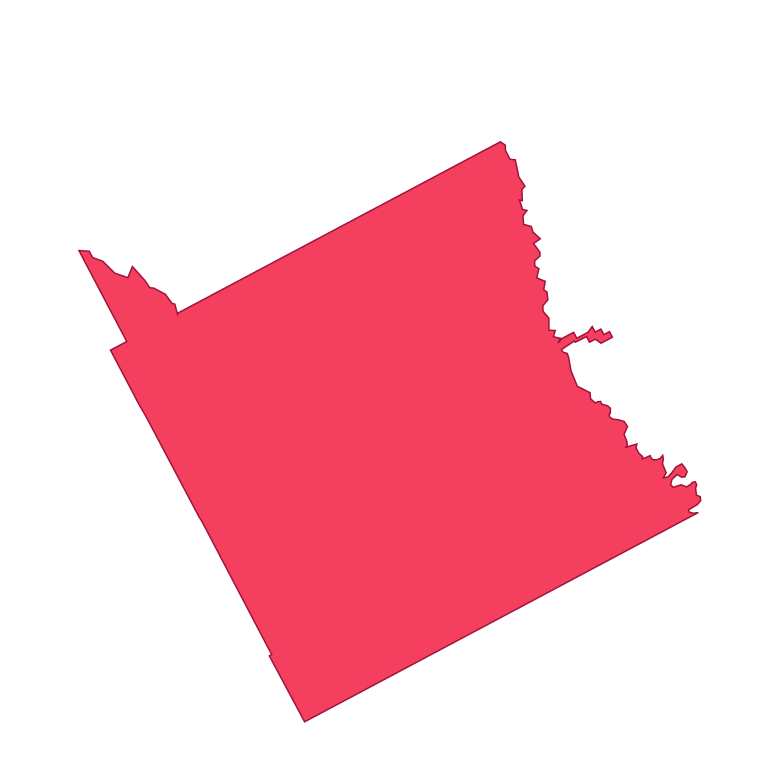 Emery, Utah, United States of America (Natural Earth projection), rotated 332°
{"feature_id": "52423323B48025337420710", "entity_name": "Emery", "entity_type": "district", "adm_level": 2, "iso_a3": "USA", "parent_name": "United States of America", "parent_adm1": "Utah", "projection": "natural_earth1", "projection_center": [-110.277, 39.102], "detail": "fine", "context": "isolated", "style": "filled", "palette": "rose", "viewbox_px": 768, "rotation_deg": 332, "n_neighbors": 0, "source": "geoboundaries", "source_scale": "gbopen_adm2", "svg_char_len": 2019}
<svg xmlns="http://www.w3.org/2000/svg" viewBox="0 0 768 768"><g transform="rotate(332 384 384)"><path d="M155.3,640.6L155.3,645.0L419.4,645.0L600.4,645.0L600.2,644.7L596.4,643.3L593.3,640.3L593.8,638.2L598.5,637.8L604.4,637.5L609.0,635.5L610.3,631.9L607.7,628.8L610.2,622.3L612.8,619.7L612.9,616.4L609.6,615.6L608.1,616.5L602.8,616.9L599.1,612.5L594.0,611.5L591.0,611.2L589.8,607.6L593.4,603.4L600.4,601.6L603.0,606.0L606.2,607.2L610.5,603.8L610.4,599.2L609.4,594.3L602.8,594.4L596.0,597.7L591.1,599.4L586.6,598.0L591.5,594.8L592.4,585.2L595.4,581.4L596.6,577.9L592.7,579.4L588.9,578.8L585.7,577.0L585.1,573.4L585.4,572.2L580.4,571.9L576.9,571.2L578.3,569.5L576.5,564.6L576.5,558.7L579.1,555.7L571.6,554.1L567.0,553.3L569.6,553.0L571.4,549.2L572.4,541.0L579.0,536.0L578.5,530.0L574.7,526.1L569.6,522.4L567.8,519.6L568.4,516.6L570.1,516.1L572.5,511.8L571.2,508.2L566.7,503.9L567.1,501.1L564.2,500.0L561.6,499.8L559.4,493.9L561.9,488.5L553.6,476.8L555.3,460.2L559.6,446.9L560.1,443.0L557.3,440.3L556.9,439.3L556.9,436.9L572.4,435.4L572.4,436.9L585.1,437.3L585.1,443.6L591.6,443.6L594.8,449.9L607.7,449.9L607.7,443.6L601.3,443.6L601.3,437.3L594.8,437.3L594.8,431.0L588.3,434.1L575.7,434.1L575.7,427.4L562.6,427.4L557.0,429.4L561.2,426.4L555.7,421.8L560.4,417.2L554.9,414.0L560.5,403.2L558.6,394.6L560.9,389.6L568.3,386.5L571.1,379.2L569.2,375.8L574.6,369.1L568.7,362.0L574.9,355.0L572.5,350.9L574.8,346.0L581.7,344.3L583.5,341.0L582.0,330.1L590.1,329.2L586.9,319.8L588.0,314.0L582.2,308.6L585.6,300.8L591.7,297.9L588.3,294.9L590.0,285.1L592.2,287.1L597.1,276.9L601.3,275.6L600.2,264.6L605.2,247.7L600.8,244.8L600.9,234.8L603.2,230.1L600.5,224.8L436.7,224.7L235.8,224.6L234.4,225.6L236.8,215.3L234.7,213.3L233.1,202.2L225.8,191.3L222.4,189.0L221.5,180.5L217.0,162.2L207.7,169.9L198.3,159.7L193.3,143.6L186.1,135.6L186.1,128.4L177.3,123.0L176.8,225.7L158.4,225.7L158.3,245.0L158.1,288.0L158.6,300.5L158.3,414.2L158.7,420.5L157.8,570.2L155.1,570.2L155.3,640.6Z" fill="#f43f5e" stroke="#9f1239" stroke-width="1.5"/></g></svg>